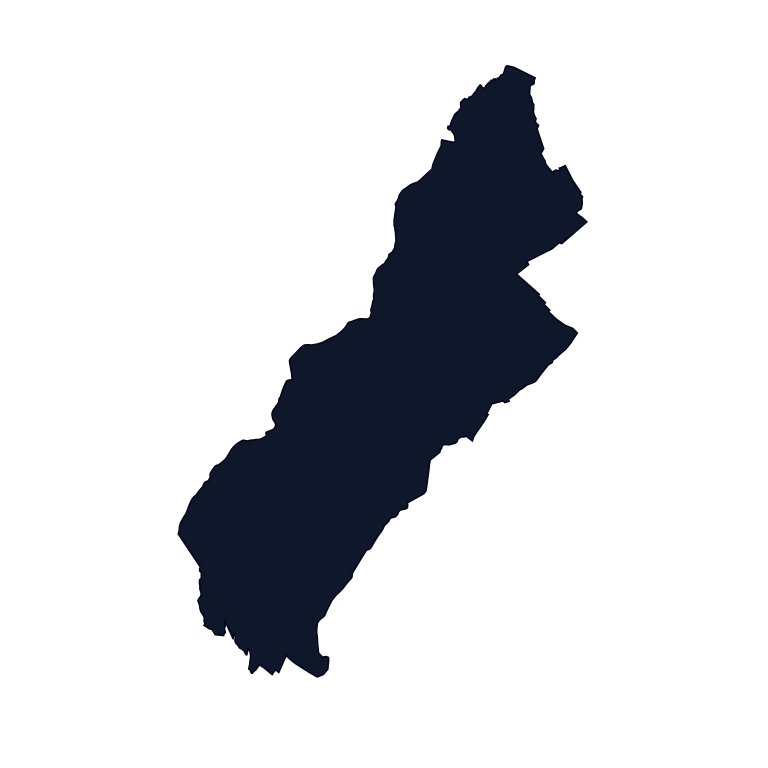 outline of Merisani, Arges, Romania, rotated 66°
{"feature_id": "2599482B23805288669324", "entity_name": "Merisani", "entity_type": "district", "adm_level": 2, "iso_a3": "ROU", "parent_name": "Romania", "parent_adm1": "Arges", "projection": "albers", "projection_center": [24.723, 44.97], "detail": "fine", "context": "isolated", "style": "filled", "palette": "ink", "viewbox_px": 768, "rotation_deg": 66, "n_neighbors": 0, "source": "geoboundaries", "source_scale": "gbopen_adm2", "svg_char_len": 6170}
<svg xmlns="http://www.w3.org/2000/svg" viewBox="0 0 768 768"><g transform="rotate(66 384 384)"><path d="M416.1,186.6L410.0,188.9L403.8,194.8L395.0,200.1L384.7,204.4L384.0,202.5L376.4,205.4L375.3,203.4L366.3,207.0L365.3,205.6L337.5,218.2L333.8,203.3L330.2,203.5L329.1,181.6L329.1,178.2L328.6,174.5L326.2,166.5L328.1,164.5L318.4,132.7L312.1,135.5L309.3,137.3L306.7,138.6L304.9,137.9L304.3,132.7L303.0,131.5L299.2,129.2L294.8,127.6L294.2,126.7L293.8,126.5L289.5,127.5L289.0,126.2L275.0,128.7L258.2,129.6L258.3,135.2L258.0,136.0L261.0,136.9L258.4,139.9L258.9,143.9L256.4,144.9L249.4,146.7L248.2,146.7L246.1,146.1L241.8,146.6L237.6,146.8L237.0,146.6L236.2,145.2L234.0,142.4L213.3,140.4L210.7,137.6L206.7,139.0L205.7,138.9L203.4,137.1L199.5,137.4L196.0,136.8L193.1,135.0L192.2,134.8L189.8,133.5L189.1,133.5L187.6,133.9L182.6,132.8L178.7,133.3L178.4,133.2L174.9,131.2L171.7,129.6L170.7,128.3L171.0,126.6L170.8,125.1L170.3,124.5L167.3,122.9L165.9,121.3L147.5,136.5L143.3,142.0L143.8,144.0L147.1,146.8L149.5,149.2L149.3,151.3L150.6,153.8L151.3,154.1L151.1,154.7L151.8,154.8L151.8,155.2L152.3,155.4L152.0,155.8L151.2,155.7L151.0,155.9L151.4,156.0L151.3,156.6L151.9,157.1L151.3,157.7L151.4,158.3L150.5,158.3L150.3,158.7L150.8,159.7L149.9,159.8L150.5,161.5L150.7,162.8L150.3,162.9L151.0,163.7L151.2,165.1L152.2,168.1L152.9,168.7L152.8,169.6L154.4,171.0L154.5,172.1L153.3,173.5L150.2,174.1L149.9,174.7L151.6,178.0L153.5,180.6L154.6,181.1L154.4,182.4L157.0,187.1L156.6,189.8L157.5,190.7L157.9,192.3L155.9,194.3L157.7,199.1L158.2,199.7L163.6,201.6L163.7,203.4L164.8,204.1L165.5,207.1L166.5,209.8L171.3,215.3L174.3,218.0L175.3,219.1L174.6,220.8L176.5,221.9L178.1,221.3L179.2,219.7L179.5,219.5L180.3,219.2L181.8,219.1L183.1,218.6L185.7,218.5L190.8,220.0L192.0,221.2L189.0,225.7L184.5,231.9L185.7,232.9L189.8,235.0L194.3,240.6L203.2,249.9L207.1,252.8L212.8,269.4L213.2,272.1L212.7,276.1L212.9,279.5L214.7,288.3L217.3,292.9L220.7,295.8L221.8,297.0L223.1,299.2L224.1,300.4L224.7,300.7L226.3,300.8L227.5,301.3L231.9,304.0L234.7,306.0L237.0,307.0L237.6,307.8L243.0,310.2L246.5,310.8L248.4,311.5L249.3,311.6L257.9,314.7L258.5,315.0L259.7,316.2L264.5,319.4L266.5,322.4L267.1,323.7L267.5,326.4L268.3,327.3L270.5,328.7L273.0,333.2L274.1,334.3L274.5,337.1L275.3,340.2L275.9,342.4L276.5,343.5L278.9,346.0L280.3,347.6L280.9,348.6L282.8,350.6L288.6,352.9L294.4,354.7L299.1,357.7L302.2,358.8L304.4,360.9L308.9,364.1L311.0,366.0L313.6,366.5L317.4,369.6L317.8,370.2L317.7,373.3L314.9,378.6L314.3,380.5L313.5,389.7L313.3,391.1L313.5,391.8L316.5,396.4L317.9,399.5L318.6,401.5L320.3,408.1L320.5,417.0L321.0,421.6L320.8,425.2L320.4,428.4L319.2,433.3L318.7,434.7L317.2,437.5L316.0,440.8L316.1,442.4L316.8,444.9L321.7,456.9L322.9,459.5L324.2,460.8L325.2,461.3L336.6,464.1L341.9,465.9L342.5,466.5L341.6,469.7L341.5,471.1L341.8,472.1L346.7,477.7L354.0,484.3L354.5,485.6L354.8,485.9L356.9,487.1L358.4,488.4L363.1,496.3L364.9,498.0L366.9,499.0L370.6,499.8L372.1,499.8L374.5,499.3L376.4,499.4L377.9,500.0L379.6,501.7L380.2,503.1L380.4,505.1L380.1,511.3L380.6,511.8L382.9,512.4L383.5,512.8L383.7,513.3L384.1,518.5L383.9,520.4L382.5,524.0L382.2,525.6L381.1,528.5L380.6,531.5L379.9,532.8L378.0,535.5L378.1,538.1L378.7,542.2L379.0,543.6L379.9,546.3L381.2,549.1L387.6,558.5L388.2,559.7L389.5,563.6L390.6,568.4L390.2,569.9L390.3,571.2L390.8,572.6L393.3,576.9L395.1,579.2L395.7,579.6L398.9,581.0L399.2,581.3L399.5,582.0L400.8,583.7L400.9,585.0L400.7,586.4L401.0,587.1L401.2,588.4L404.0,591.4L405.1,593.5L406.2,596.2L407.9,598.8L409.0,601.0L409.8,603.8L411.1,606.1L413.1,608.8L418.8,614.6L421.3,616.9L423.3,619.9L427.9,626.2L430.6,628.6L434.9,631.0L437.3,633.0L476.4,626.3L477.9,627.7L479.9,628.5L481.8,627.6L487.4,630.1L487.7,632.0L489.4,633.0L492.1,634.0L493.4,634.2L496.3,635.6L500.4,636.1L502.0,636.8L503.3,637.8L504.8,640.5L506.1,642.1L511.5,642.6L515.0,643.7L517.6,643.9L523.0,643.1L525.2,643.6L526.7,644.6L528.4,645.0L530.2,645.1L531.3,646.7L533.3,645.2L536.6,643.2L538.2,641.0L544.4,640.2L548.6,632.8L548.0,632.5L547.5,631.8L546.4,629.9L542.6,629.3L541.3,628.1L540.0,627.2L537.9,626.9L536.0,625.7L555.9,625.5L549.9,622.7L550.2,622.2L552.8,622.3L553.8,622.8L555.5,623.0L556.1,623.4L556.6,624.0L557.2,624.4L560.0,624.9L564.0,623.6L565.1,623.4L566.1,623.5L568.0,622.1L568.3,621.6L569.6,621.3L569.6,620.4L572.9,620.4L575.2,620.1L575.6,619.8L575.5,619.3L573.9,618.3L572.2,616.7L569.6,616.3L569.7,615.7L571.8,615.6L571.8,615.0L575.8,615.7L578.9,616.8L586.8,621.7L589.2,623.5L589.5,623.5L590.2,622.8L594.2,622.7L594.6,622.4L594.7,622.0L593.7,619.9L593.0,617.3L592.5,616.2L591.7,615.4L591.3,614.3L590.8,613.7L590.3,612.4L590.5,610.9L592.2,610.9L593.2,609.8L593.7,609.5L604.0,604.4L600.9,599.4L604.8,597.5L596.0,587.9L592.3,583.7L596.4,582.2L600.4,580.3L603.6,578.5L617.1,569.6L624.5,564.2L624.7,557.4L621.7,551.3L613.5,546.7L611.2,545.9L609.5,547.6L608.4,551.3L603.1,553.1L595.3,550.6L587.1,547.5L583.8,546.6L580.9,545.3L575.2,542.0L573.7,539.4L573.0,537.7L572.1,534.0L571.3,532.3L567.9,528.6L560.7,519.9L557.2,513.2L556.2,510.0L554.0,504.5L550.8,498.8L548.2,492.8L546.9,491.4L544.4,490.2L541.4,486.2L530.2,469.9L528.8,467.7L528.9,464.7L528.7,463.3L527.6,461.3L525.4,458.6L520.7,451.7L517.6,446.2L516.0,444.0L514.4,442.3L513.1,440.4L512.4,437.9L511.0,435.0L510.5,434.6L509.4,433.0L509.3,431.3L509.9,428.6L509.9,427.9L509.6,426.4L508.6,424.5L506.9,422.9L505.9,420.7L506.2,418.1L506.6,416.4L506.9,415.0L506.9,413.9L506.5,412.9L504.6,411.7L502.3,411.0L502.1,410.5L500.5,392.6L500.0,391.2L498.7,389.2L497.3,388.1L480.2,377.6L476.9,375.8L472.7,373.0L472.2,372.4L469.1,360.8L467.2,359.3L466.4,357.7L464.4,356.1L463.9,355.1L463.8,354.5L464.1,353.2L465.2,350.8L466.0,349.6L467.1,342.9L466.4,340.7L464.4,338.7L464.1,337.7L463.9,334.9L463.9,334.3L464.8,333.0L465.1,331.9L465.0,330.6L465.3,330.0L472.0,326.4L469.5,324.2L467.3,321.5L459.1,308.0L454.3,301.3L453.5,302.8L446.2,293.9L446.1,293.1L447.8,283.0L447.4,282.4L450.2,281.2L450.7,276.7L448.4,276.4L447.1,269.5L444.5,262.4L444.5,260.1L442.9,253.3L443.1,252.9L443.5,246.1L442.9,243.8L438.2,235.5L433.4,226.2L432.9,221.7L430.8,219.8L430.5,218.4L430.3,216.2L429.1,213.7L426.0,203.6L422.3,196.2L421.0,194.4L416.1,186.6Z" fill="#0f172a" stroke="#020617" stroke-width="1.5"/></g></svg>